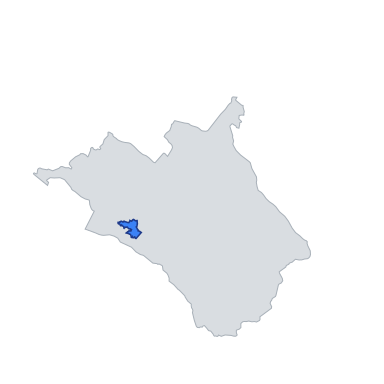 Nyunzu, Katanga, Democratic Republic of the Congo (highlighted), rotated 129°
{"feature_id": "63176286B34424841963647", "entity_name": "Nyunzu", "entity_type": "district", "adm_level": 2, "iso_a3": "COD", "parent_name": "Democratic Republic of the Congo", "parent_adm1": "Katanga", "projection": "equal_earth", "projection_center": [28.006, -5.86], "detail": "fine", "context": "in_parent", "style": "filled", "palette": "blue", "viewbox_px": 384, "rotation_deg": 129, "n_neighbors": 0, "source": "geoboundaries", "source_scale": "gbopen_adm2", "svg_char_len": 7424}
<svg xmlns="http://www.w3.org/2000/svg" viewBox="0 0 384 384"><g transform="rotate(129 192 192)"><path d="M288.1,251.7L268.4,255.9L268.8,257.4L268.6,259.0L268.1,260.2L266.1,263.5L263.1,266.5L263.1,267.2L264.6,270.6L265.5,275.2L265.3,283.3L265.7,285.5L265.6,287.2L264.6,289.1L262.6,298.8L263.9,303.5L267.8,307.9L270.1,311.2L273.9,312.4L274.6,312.2L274.8,309.5L277.8,308.4L277.8,325.7L277.6,326.7L277.0,326.9L276.3,326.4L276.1,324.7L275.3,324.0L271.5,326.1L270.6,326.1L269.5,325.7L268.8,324.8L268.6,323.5L265.9,318.5L264.6,318.1L263.2,313.6L257.3,310.3L255.0,310.0L253.9,309.0L252.7,305.4L250.7,303.1L250.3,300.6L249.9,300.2L248.7,300.7L247.7,304.8L246.4,305.7L243.9,305.8L237.9,304.6L233.6,302.6L232.4,302.7L230.7,300.8L230.0,297.7L230.4,295.3L230.0,295.0L223.5,297.0L221.9,298.2L220.4,297.9L219.9,297.2L220.6,295.6L220.2,293.8L219.7,293.0L217.8,292.3L217.2,290.4L216.0,290.1L215.6,290.4L215.3,291.7L214.6,292.1L210.7,291.5L206.5,293.2L201.1,292.7L198.5,294.8L198.1,294.7L197.5,293.7L197.0,290.4L197.3,289.5L198.1,288.8L198.3,287.5L198.0,284.1L198.3,283.3L198.0,281.3L197.1,278.2L195.9,275.7L193.5,271.8L193.0,270.0L193.1,265.7L193.9,258.9L193.8,253.8L192.7,250.6L192.5,247.0L193.1,240.6L192.5,239.1L179.9,238.6L179.4,238.1L179.2,237.2L179.7,233.4L172.1,234.4L169.8,235.1L168.4,236.7L167.9,238.6L167.9,241.4L166.8,244.0L166.5,248.5L164.4,249.0L162.3,249.0L158.2,248.0L154.2,249.3L152.3,250.5L151.3,249.9L147.7,250.4L147.3,250.0L143.1,241.2L141.3,238.3L140.9,236.8L141.0,235.5L140.5,233.6L138.6,229.1L138.2,227.0L138.3,223.7L138.1,222.6L136.3,219.7L135.2,218.8L134.0,218.3L113.5,218.7L106.7,218.1L101.8,218.5L99.3,218.3L98.6,217.8L96.3,218.4L95.1,219.6L93.4,220.3L92.3,220.0L90.1,216.7L93.0,216.1L93.2,215.8L93.3,207.9L92.6,206.8L94.1,205.5L96.6,202.0L99.0,200.8L99.3,200.1L99.8,200.1L100.7,201.6L102.8,203.5L105.5,201.8L105.7,201.3L106.0,197.9L106.7,197.6L107.8,198.4L108.4,198.4L109.6,197.4L112.9,195.7L113.9,197.9L113.0,199.8L113.4,201.2L113.5,203.4L114.0,203.9L116.7,204.1L117.4,203.6L122.6,195.8L124.0,194.9L126.1,191.8L129.1,190.4L130.3,188.0L132.0,183.7L132.7,177.4L132.4,166.6L132.6,165.1L136.1,160.2L139.7,151.4L142.1,149.1L144.0,148.1L146.8,144.9L149.1,141.6L148.7,137.7L149.3,134.4L150.5,130.3L150.9,125.9L150.5,121.3L150.7,117.6L152.3,111.5L152.5,104.6L154.0,98.8L157.0,91.5L158.4,86.0L158.2,80.6L158.6,76.6L158.5,74.3L157.9,72.3L158.2,71.0L159.3,70.5L160.8,68.4L163.3,63.1L166.0,60.6L168.0,59.7L169.9,59.8L171.2,60.3L173.3,62.4L175.7,64.0L177.5,66.1L179.2,69.3L183.5,70.0L185.3,71.2L186.4,71.6L186.8,71.3L187.7,71.5L189.7,72.5L191.3,71.9L199.1,74.0L200.0,73.0L202.3,67.5L203.9,65.6L206.6,65.4L208.7,66.4L209.8,66.4L219.5,61.7L220.7,61.4L224.2,62.6L226.5,61.8L227.4,62.1L229.4,61.2L231.0,57.9L232.4,57.1L246.2,60.7L248.3,58.9L249.4,58.7L252.4,60.0L253.4,62.0L255.2,63.8L256.6,66.7L258.6,68.3L259.7,69.9L260.9,70.9L263.4,71.3L266.6,68.7L268.9,69.0L271.1,70.4L271.9,70.3L273.6,68.8L274.5,67.2L275.4,66.8L276.8,67.5L277.9,69.1L278.8,71.3L282.3,76.3L285.7,78.4L286.5,81.4L287.7,81.1L288.3,81.4L289.2,83.3L289.8,83.7L289.9,84.5L289.1,86.3L288.3,89.8L289.3,91.9L288.5,95.1L288.0,98.3L289.1,99.1L290.5,99.0L291.8,100.7L292.8,100.9L293.9,102.7L293.6,104.2L290.3,109.4L285.4,115.8L283.7,116.6L282.8,117.8L282.2,119.6L280.7,121.2L279.6,121.9L279.5,126.5L277.9,131.3L277.2,132.3L276.3,140.1L276.5,141.4L275.5,147.8L275.7,153.7L273.3,155.6L271.6,158.5L270.9,160.5L270.9,165.4L268.2,168.3L268.0,169.0L268.7,172.4L269.7,172.9L269.7,174.1L271.9,177.7L271.8,189.0L271.9,190.1L273.1,192.8L273.8,197.9L273.0,204.3L276.0,216.2L274.6,220.6L275.3,224.7L277.1,229.1L281.3,233.4L282.4,235.1L283.5,237.5L284.5,241.2L288.1,251.7Z" fill="#d9dde1" stroke="#a8b0b8" stroke-width="1"/><path d="M259.0,227.5L259.0,227.8L259.0,228.0L259.2,228.6L259.4,228.8L259.5,228.8L260.0,228.9L260.0,229.0L260.3,229.1L260.5,229.2L260.6,229.3L260.7,229.2L260.9,229.2L261.1,229.0L261.3,229.1L261.3,229.5L261.6,229.7L261.7,229.8L261.9,230.2L262.0,230.4L262.3,230.3L262.5,230.1L262.8,229.8L262.9,229.7L263.0,229.5L263.0,229.3L263.0,229.1L263.0,228.9L262.9,228.8L262.7,228.8L262.7,228.6L262.6,228.4L262.5,228.2L262.5,227.9L262.5,227.6L262.5,227.4L262.9,227.1L263.0,226.7L263.1,226.4L263.1,226.2L262.9,226.0L262.9,225.9L262.7,225.7L262.6,225.8L262.5,225.7L262.4,225.7L262.1,225.7L261.9,225.8L261.9,225.6L262.0,225.3L262.0,225.1L262.1,224.8L262.1,224.5L262.1,224.4L262.0,224.1L261.9,223.5L261.9,223.3L262.1,223.1L262.8,222.3L263.0,222.1L263.0,221.9L262.8,221.9L262.6,221.9L262.3,221.9L262.2,221.8L261.8,221.8L261.6,221.9L261.4,221.8L261.3,221.6L261.2,221.5L261.2,221.4L261.1,221.2L260.9,221.1L260.7,220.9L260.6,220.7L260.4,220.6L260.2,220.6L260.0,220.4L260.0,220.2L260.0,219.9L260.1,219.6L260.3,218.7L260.4,218.2L260.3,217.9L260.2,217.9L260.1,217.7L260.0,217.4L259.9,217.3L259.8,217.1L259.6,217.0L259.5,216.9L259.8,216.4L259.7,216.3L259.6,216.0L259.2,215.5L259.2,215.4L259.6,215.4L259.9,215.2L260.3,215.0L260.5,215.0L260.8,214.9L261.0,215.1L261.1,215.3L261.1,215.6L261.1,215.8L261.4,216.0L261.5,216.1L261.7,216.3L261.8,216.5L262.0,216.7L262.3,216.7L262.5,216.4L262.7,216.5L262.9,216.6L263.0,216.6L263.2,216.8L263.3,216.8L263.4,217.0L263.5,217.0L264.0,217.1L264.3,217.1L264.5,217.1L264.8,217.3L265.0,217.4L265.3,217.4L265.2,217.1L265.0,216.8L264.9,216.5L264.8,216.3L264.7,216.2L264.6,215.8L264.5,215.6L264.4,215.2L264.2,215.0L264.1,214.8L264.1,214.6L264.2,214.2L264.1,213.9L263.9,213.8L263.8,213.6L263.7,213.3L263.8,213.0L263.8,212.9L264.0,212.6L264.1,212.4L264.2,212.1L264.3,212.0L264.6,211.7L264.8,211.4L264.9,211.2L265.0,211.1L265.2,210.9L265.3,210.9L265.3,210.6L265.4,210.4L265.2,210.2L265.0,210.3L264.9,210.3L264.7,210.3L264.4,210.3L264.5,210.2L264.7,209.9L264.8,209.7L264.8,209.2L264.6,208.8L263.9,208.7L263.6,208.7L263.4,208.6L263.2,208.5L263.0,208.4L262.9,208.0L263.0,207.9L263.2,207.7L263.5,207.3L263.6,207.2L263.7,206.9L263.6,206.7L263.4,206.6L263.4,206.4L263.3,206.2L263.2,206.2L255.3,205.9L255.3,206.0L255.4,206.3L255.5,206.6L255.5,206.8L255.5,207.1L255.4,207.4L255.5,207.5L255.7,207.8L255.8,207.9L255.8,208.0L255.8,208.3L255.8,208.5L255.7,208.7L255.6,208.8L255.8,209.2L255.9,209.5L256.0,209.6L255.8,209.7L255.6,209.8L255.4,210.0L255.2,210.4L255.2,210.7L255.3,211.1L255.2,211.2L255.1,211.3L254.8,211.9L254.7,212.1L254.6,212.3L254.5,212.5L254.5,212.9L254.4,213.1L254.2,213.4L253.9,213.3L253.7,213.3L253.5,213.2L253.3,213.2L253.1,213.3L252.6,213.6L252.2,213.9L252.1,214.0L251.8,214.1L251.6,214.1L251.4,214.3L251.1,214.6L250.7,214.7L250.6,214.9L250.2,215.3L249.6,215.9L249.2,216.2L248.7,216.7L248.8,216.8L249.1,217.1L249.4,217.2L249.6,217.3L249.8,217.5L249.7,217.8L249.9,218.1L250.1,218.4L250.1,218.7L250.0,219.3L250.0,219.8L250.0,220.0L250.2,220.3L250.4,220.3L250.5,220.4L250.6,220.5L250.8,220.5L251.1,220.4L251.2,220.5L251.3,220.4L251.5,220.5L251.9,220.4L252.0,220.5L252.3,220.7L252.5,220.6L252.8,220.7L252.8,220.8L252.8,221.1L252.9,221.3L252.9,221.5L253.0,221.6L253.1,222.0L253.3,221.7L253.6,221.8L253.8,221.9L253.9,222.1L254.5,221.9L254.8,221.9L255.0,221.9L255.4,221.8L255.5,221.8L255.6,222.0L255.8,222.2L255.9,222.3L256.0,222.4L256.0,222.5L256.1,222.8L256.3,223.0L256.4,223.3L256.5,223.5L256.6,223.9L256.7,224.2L256.7,224.3L256.8,224.4L256.9,224.7L257.0,224.8L257.1,225.0L257.2,225.3L257.2,225.6L257.3,225.6L257.3,225.8L257.3,226.0L257.5,226.2L257.5,226.5L257.8,226.5L257.9,226.4L258.0,226.5L258.1,226.4L258.3,226.5L258.5,226.5L258.7,226.8L258.9,226.9L258.9,227.0L259.0,227.3L259.0,227.5Z" fill="#3b82f6" stroke="#1e3a8a" stroke-width="1.5"/></g></svg>